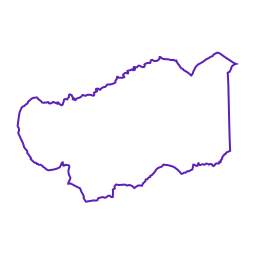 Derre, Zambezia, Mozambique, rotated 268°
{"feature_id": "85939544B72257349680566", "entity_name": "Derre", "entity_type": "district", "adm_level": 2, "iso_a3": "MOZ", "parent_name": "Mozambique", "parent_adm1": "Zambezia", "projection": "mercator", "projection_center": [36.148, -17.057], "detail": "fine", "context": "isolated", "style": "outline", "palette": "violet", "viewbox_px": 256, "rotation_deg": 268, "n_neighbors": 0, "source": "geoboundaries", "source_scale": "gbopen_adm2", "svg_char_len": 5742}
<svg xmlns="http://www.w3.org/2000/svg" viewBox="0 0 256 256"><g transform="rotate(268 128 128)"><path d="M196.1,164.8L197.7,162.9L198.0,162.4L197.9,162.1L197.5,161.9L196.0,161.8L195.4,161.3L194.8,160.4L194.4,160.0L194.1,159.0L194.0,156.9L194.4,155.7L195.2,154.7L195.2,154.0L194.8,153.2L194.3,153.0L193.5,152.9L192.5,152.6L192.1,152.2L192.4,150.1L192.2,149.2L191.1,146.8L190.9,146.6L189.8,146.9L189.1,146.7L188.4,146.1L188.3,145.1L188.4,144.4L189.2,142.8L189.8,141.9L190.0,141.1L189.8,140.5L189.6,140.2L188.6,139.3L188.3,138.6L188.4,137.9L188.8,136.2L188.6,135.9L188.2,135.7L187.1,135.7L187.0,135.9L187.0,136.8L186.6,137.1L186.1,136.9L185.7,136.4L185.6,135.6L185.6,135.0L186.1,134.5L186.4,134.0L186.4,133.6L185.8,132.7L185.6,132.0L185.5,130.8L185.3,129.9L185.0,129.4L184.9,129.4L183.4,130.0L183.1,130.1L182.6,130.0L182.5,129.6L183.1,128.3L183.2,127.5L183.1,127.0L181.9,125.4L181.4,125.0L181.0,124.9L180.3,125.2L179.3,126.0L179.0,126.1L178.8,126.0L178.7,124.7L178.3,123.7L178.5,122.7L178.5,120.7L178.8,120.2L179.5,119.7L179.6,119.4L179.5,119.0L179.1,118.7L177.9,118.6L177.4,118.5L176.7,118.0L175.8,117.1L174.1,117.1L173.8,116.8L173.4,116.2L173.2,115.4L172.8,114.6L172.1,111.8L172.2,109.0L172.0,108.6L170.2,107.1L169.8,106.4L169.7,105.0L169.1,103.6L167.9,102.0L167.2,101.6L167.2,101.3L167.3,100.9L168.2,100.0L168.3,99.6L168.3,97.6L167.7,97.2L167.1,97.3L166.7,97.7L166.4,98.3L166.2,98.5L165.9,98.4L165.6,97.9L164.7,95.6L164.4,95.2L163.1,95.5L162.4,95.4L161.9,95.2L161.5,94.5L161.7,93.6L162.5,91.7L162.6,88.4L162.3,87.8L161.8,87.2L161.7,86.5L161.9,85.5L162.4,84.7L162.6,83.9L162.2,83.3L161.1,82.5L160.3,81.3L159.2,77.7L158.4,76.9L157.8,76.6L157.6,76.2L158.2,75.5L159.4,75.3L159.4,75.1L159.2,74.8L158.6,74.3L158.5,74.1L158.7,73.8L159.7,74.0L160.6,73.9L161.6,73.2L162.5,73.0L163.0,72.7L163.1,72.4L163.4,71.3L163.6,71.0L163.6,70.7L163.4,70.4L162.9,70.2L161.6,70.1L161.0,70.0L160.5,69.7L159.8,68.7L158.9,68.4L158.7,68.3L158.8,67.9L159.1,66.2L158.9,65.4L158.6,65.1L156.1,64.5L155.0,63.9L154.1,63.7L153.4,63.2L153.0,62.5L153.2,61.9L154.2,60.7L154.5,59.9L154.8,59.6L155.6,59.5L155.8,59.3L155.5,58.8L154.8,58.1L155.2,57.8L155.8,57.9L155.6,56.2L156.6,54.5L156.5,53.7L155.5,52.5L155.2,51.1L155.5,49.8L156.3,49.5L156.7,49.1L156.6,48.4L156.2,47.6L156.4,46.0L156.1,45.0L156.5,43.0L156.9,42.6L157.9,42.0L160.0,39.3L161.5,38.3L161.7,37.9L161.6,35.6L161.2,34.0L160.6,32.5L159.1,30.8L158.1,29.4L157.4,28.9L156.5,28.6L155.9,28.2L155.2,26.9L153.6,25.1L153.1,23.6L152.2,22.4L150.8,21.9L150.0,21.4L147.3,20.2L145.6,19.8L140.9,18.9L139.7,18.8L137.7,18.3L133.7,17.8L132.9,18.1L132.0,18.7L130.8,19.0L129.6,19.0L128.6,18.8L127.2,18.1L125.5,18.6L123.6,19.5L120.1,20.9L116.3,22.6L112.4,23.5L110.7,24.7L108.9,26.2L108.0,26.5L106.3,26.5L105.4,27.5L103.7,28.4L102.0,29.7L101.4,29.9L100.5,29.6L100.3,29.8L100.2,30.2L99.5,30.4L97.3,32.6L96.7,33.5L96.2,35.3L95.9,35.5L95.2,35.7L95.1,36.6L94.3,37.7L94.3,39.4L93.8,40.3L93.2,41.0L92.3,41.7L90.9,43.6L90.1,44.3L88.7,46.3L88.6,46.7L88.5,47.7L88.8,49.2L89.0,52.1L89.4,53.4L89.7,55.0L90.6,57.3L91.0,58.1L91.4,58.6L93.7,59.9L95.2,60.5L96.0,61.3L96.0,61.5L95.2,61.7L93.0,61.8L92.7,62.1L92.6,63.0L93.3,63.7L93.5,64.2L93.2,65.1L93.0,66.5L92.6,67.8L91.8,68.0L91.1,68.0L88.0,67.1L86.0,66.9L83.3,67.4L80.6,68.6L80.1,68.6L79.6,68.6L78.5,68.2L76.4,66.9L74.8,66.3L74.4,66.3L74.3,66.9L74.7,68.1L74.0,69.7L72.6,72.1L71.7,73.6L69.4,77.9L69.1,78.1L67.6,78.6L65.5,79.4L62.4,81.0L61.0,81.5L60.0,81.2L59.4,81.3L57.5,82.3L55.8,83.5L56.9,91.4L56.6,92.6L56.6,93.8L56.7,94.3L57.3,95.2L58.6,95.6L59.1,96.3L59.2,97.3L59.8,99.5L59.6,101.2L59.3,101.7L59.2,103.2L59.4,103.7L60.7,105.5L61.0,106.2L60.9,107.3L59.6,108.9L59.5,110.3L60.2,110.5L65.7,110.8L66.7,110.6L67.1,110.8L67.5,111.8L68.1,112.7L68.8,112.5L70.3,112.6L71.1,113.2L72.0,114.4L71.5,115.8L71.4,116.9L71.4,120.2L71.6,122.4L71.3,123.7L70.8,124.4L70.5,125.5L70.9,126.3L70.9,128.1L69.5,130.6L68.9,131.2L68.1,131.7L67.8,132.3L69.4,134.6L70.1,136.1L70.2,137.7L69.8,139.9L72.3,141.2L73.4,142.7L74.1,143.4L75.9,143.9L76.1,145.5L77.4,146.5L77.7,146.9L78.3,148.5L79.5,148.7L80.4,150.6L83.6,153.6L85.2,154.5L86.1,155.5L87.0,156.8L87.5,157.9L87.9,159.4L88.4,160.5L89.7,161.6L90.2,162.5L89.9,163.5L89.5,166.3L88.8,168.9L87.8,171.7L87.3,172.7L85.3,175.3L82.9,177.8L81.0,179.1L80.6,179.5L80.3,180.1L80.5,180.8L81.4,182.8L81.5,184.2L82.5,185.5L82.8,186.3L82.6,187.1L82.9,187.9L83.7,189.1L84.0,190.4L84.8,191.0L89.1,192.0L89.2,192.3L88.9,193.3L88.0,194.4L87.7,195.5L87.9,196.0L90.4,197.1L90.4,197.3L90.1,197.5L89.1,197.4L88.7,197.7L88.6,198.0L88.5,199.0L89.2,201.1L89.2,201.5L88.8,202.4L88.7,203.1L88.9,203.8L89.6,204.8L89.6,205.7L89.4,206.6L88.6,207.5L88.7,208.0L89.1,208.7L89.1,209.7L88.6,210.7L87.4,211.3L87.0,212.0L87.5,213.1L87.9,213.3L88.3,213.4L88.8,214.1L89.3,214.5L89.5,215.6L89.3,217.0L89.5,217.8L89.8,218.0L90.7,217.9L90.9,218.4L90.7,219.3L90.9,219.4L91.3,219.5L91.7,219.4L91.8,219.3L92.2,219.3L92.4,219.9L92.5,220.0L93.1,220.1L93.5,220.6L94.2,221.0L95.3,221.1L96.2,221.8L97.0,222.3L97.5,222.8L97.8,223.4L98.4,223.5L98.9,224.9L100.0,225.3L101.6,229.3L116.2,229.2L144.0,229.5L168.3,229.8L179.8,229.6L180.5,231.2L180.8,231.5L182.1,232.4L184.1,233.2L185.1,233.5L186.1,234.1L187.8,236.4L188.3,238.2L189.2,236.2L189.9,235.2L195.8,226.9L199.2,222.5L199.8,221.3L200.1,220.2L200.2,219.7L198.5,216.2L197.0,215.1L196.7,214.6L196.2,212.8L195.3,211.6L194.3,209.3L193.3,207.6L191.7,205.5L190.1,202.6L189.1,200.3L188.4,199.5L187.6,198.6L185.6,197.0L184.2,196.5L181.9,195.1L180.4,194.7L178.3,193.1L178.7,192.5L179.7,191.6L181.1,190.0L182.8,187.5L183.7,185.9L185.0,184.8L186.3,182.8L189.2,181.2L190.1,180.4L192.7,178.8L193.7,178.7L193.6,177.5L193.8,177.0L194.3,176.4L194.5,176.0L194.4,174.5L194.5,173.2L195.4,169.8L195.4,168.0L195.7,166.6L195.8,165.5L196.1,164.8Z" fill="none" stroke="#5b21b6" stroke-width="2"/></g></svg>